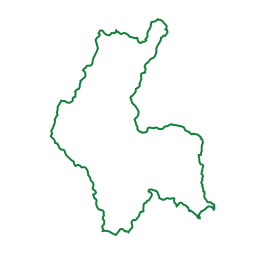 Serro, Minas Gerais, Brazil, rotated 354°
{"feature_id": "56859067B85818855458350", "entity_name": "Serro", "entity_type": "district", "adm_level": 2, "iso_a3": "BRA", "parent_name": "Brazil", "parent_adm1": "Minas Gerais", "projection": "natural_earth1", "projection_center": [-43.38, -18.518], "detail": "fine", "context": "isolated", "style": "outline", "palette": "green", "viewbox_px": 256, "rotation_deg": 354, "n_neighbors": 0, "source": "geoboundaries", "source_scale": "gbopen_adm2", "svg_char_len": 5848}
<svg xmlns="http://www.w3.org/2000/svg" viewBox="0 0 256 256"><g transform="rotate(354 128 128)"><path d="M190.0,225.2L189.9,223.7L189.3,222.1L190.6,220.3L191.7,219.3L192.4,218.4L193.5,218.2L194.7,217.7L196.7,216.5L198.0,215.4L199.4,214.6L200.8,214.5L202.4,215.0L203.7,215.6L204.0,217.1L204.8,218.1L205.5,217.1L205.7,213.1L204.3,212.5L203.5,211.6L202.7,210.6L200.8,210.5L199.1,209.8L198.4,208.0L197.1,206.0L196.7,204.1L197.0,202.3L197.3,201.0L197.3,199.6L196.3,199.0L196.4,197.6L196.4,195.8L195.7,194.1L196.2,192.5L195.6,191.4L195.2,190.3L195.5,189.1L196.5,187.7L196.5,185.7L197.4,184.2L197.3,182.4L196.3,181.5L196.5,179.9L197.4,178.3L197.7,176.4L198.3,175.0L198.9,173.2L197.9,172.1L196.7,171.8L195.8,170.6L195.5,167.3L195.7,165.5L195.4,164.3L195.6,162.2L197.7,162.3L198.2,160.1L199.0,158.4L199.0,156.9L199.2,154.9L199.7,153.2L200.3,151.6L201.0,150.3L200.8,148.5L200.4,146.8L199.3,146.2L199.3,144.3L198.1,143.5L197.1,142.3L195.5,141.4L194.3,141.2L193.2,140.7L191.8,140.7L190.5,140.9L189.3,139.8L188.4,138.3L187.3,137.8L185.7,137.1L184.5,135.8L184.2,134.4L183.4,133.0L182.0,132.4L181.1,131.8L178.2,131.0L176.7,130.4L175.3,130.0L172.9,129.6L171.9,128.8L170.6,128.9L169.5,129.3L168.1,130.0L166.4,130.4L164.9,130.3L164.0,131.0L163.1,132.0L161.7,132.5L160.2,132.5L158.7,132.2L157.4,131.0L156.1,130.5L153.0,130.8L151.5,130.5L150.5,129.9L149.0,129.8L147.6,130.4L147.0,132.4L146.1,133.9L144.4,134.1L141.8,134.3L140.7,133.1L139.5,133.0L138.4,132.1L137.2,130.3L137.4,128.7L137.4,127.3L136.6,125.9L136.3,124.5L136.2,123.0L135.7,121.4L135.5,120.1L136.5,119.1L138.0,118.2L139.1,116.8L139.9,115.0L140.3,113.1L139.9,111.6L138.6,108.8L137.7,107.1L136.7,105.8L135.7,104.7L134.8,103.5L134.3,101.6L134.1,99.8L133.6,98.3L134.1,97.0L135.4,96.6L136.3,95.8L137.1,94.9L138.4,93.9L139.3,92.9L139.5,91.5L140.1,89.8L142.0,89.0L143.3,88.1L144.2,87.0L144.1,85.1L145.2,83.4L145.6,82.1L146.5,80.6L146.5,79.0L146.4,77.5L146.7,75.7L147.9,75.1L149.0,74.7L150.7,74.7L151.2,72.8L151.7,70.8L150.9,68.8L151.6,67.3L152.4,66.3L153.4,65.5L154.8,64.9L156.0,63.4L156.9,62.4L158.3,61.5L159.8,61.1L160.9,60.7L161.9,59.7L162.8,58.3L163.7,56.7L164.2,55.0L164.3,53.2L164.6,51.6L165.6,49.7L166.6,48.4L167.5,47.3L169.2,45.0L170.0,43.3L170.2,41.6L171.7,41.2L172.5,40.3L173.4,39.7L174.7,40.2L176.0,38.6L177.3,36.9L177.1,34.7L175.6,33.9L176.6,32.7L177.1,31.1L176.7,29.8L174.7,27.4L174.0,26.1L173.1,24.9L172.2,24.3L170.6,23.7L168.9,22.9L167.6,24.1L165.7,24.8L162.3,25.2L161.9,26.6L161.1,29.5L160.5,30.9L159.3,32.5L158.2,33.7L157.5,35.0L157.0,37.1L156.9,39.4L155.6,40.5L154.6,41.6L155.3,42.6L154.5,43.5L152.9,43.9L151.3,43.7L150.2,44.7L149.2,44.7L148.1,44.2L147.2,42.9L146.8,41.2L146.6,39.4L144.1,39.3L142.6,38.6L141.1,38.1L139.1,37.3L138.0,35.5L136.8,34.7L135.6,33.6L133.4,33.0L131.9,33.7L130.5,33.7L128.4,31.5L127.4,31.3L126.5,29.8L125.4,32.0L123.5,32.2L121.6,31.8L120.5,33.0L119.3,33.8L118.0,33.6L116.4,33.1L115.4,32.1L114.4,31.3L113.7,29.9L112.9,28.7L111.7,28.1L110.3,28.3L109.4,29.7L108.6,30.7L109.7,32.0L109.0,33.6L107.8,34.3L106.6,35.2L105.2,36.6L105.1,38.7L105.8,40.7L105.7,42.4L106.2,43.8L106.4,45.6L104.7,49.0L103.9,50.3L102.9,51.5L102.3,52.9L101.5,53.8L100.2,56.5L99.8,58.1L99.4,59.7L98.7,60.9L97.6,61.9L96.5,62.0L94.9,61.8L93.3,62.0L92.5,63.5L90.1,64.8L89.2,65.8L90.4,67.1L91.2,68.3L91.3,70.0L91.0,72.0L90.1,73.1L88.7,74.0L87.2,75.2L85.6,76.1L85.6,77.8L84.8,79.1L84.5,80.6L84.3,82.1L83.3,83.9L81.6,84.3L80.3,85.1L79.1,86.3L79.7,87.7L79.2,89.2L78.8,91.4L77.2,91.8L76.2,92.4L76.1,94.1L75.5,95.5L72.5,96.8L70.9,96.5L69.5,96.0L68.3,94.7L66.9,94.4L64.2,93.9L63.7,95.4L62.7,96.1L62.3,97.3L61.3,98.2L60.4,99.3L60.1,100.7L60.0,102.4L59.4,103.6L58.9,105.1L59.3,107.7L57.9,109.0L56.8,110.8L56.0,112.0L56.2,113.3L55.0,117.0L54.0,118.3L53.5,120.1L51.9,121.8L51.4,123.5L51.8,124.9L51.8,126.2L51.0,127.1L50.3,128.1L51.2,129.4L52.3,130.4L53.4,132.0L53.9,133.8L54.0,135.3L55.6,135.8L56.6,137.1L57.5,140.0L58.2,141.4L59.3,142.5L60.8,142.7L62.1,143.4L62.7,144.8L63.0,146.6L63.5,148.0L64.4,149.4L65.5,150.7L66.6,151.9L67.5,153.0L68.3,154.0L70.5,155.8L70.7,158.1L71.2,159.6L72.2,160.3L73.8,159.5L75.3,159.8L76.3,160.4L77.1,161.6L78.0,162.4L79.5,162.3L80.8,162.5L81.9,163.3L82.5,164.5L83.2,165.9L83.5,167.5L83.5,169.1L83.6,170.8L84.4,172.0L85.1,173.4L85.3,175.0L85.8,176.7L86.7,177.8L87.6,179.1L87.7,180.9L87.4,182.1L86.5,184.7L87.3,185.8L88.8,187.0L89.4,189.0L88.1,190.1L86.4,190.6L86.8,192.4L87.3,194.5L88.4,195.2L89.2,196.6L88.8,198.4L88.4,199.6L88.5,201.4L89.1,203.6L89.9,205.2L91.0,206.2L93.0,206.7L94.4,207.6L95.1,209.0L94.7,211.1L95.0,212.4L93.9,213.7L93.5,215.0L93.6,216.3L94.6,217.5L94.5,219.4L94.1,221.1L93.1,222.1L92.0,223.3L92.2,225.0L92.8,226.3L92.1,227.8L93.8,227.7L96.5,228.2L97.9,228.8L99.2,229.3L100.4,230.5L101.9,231.4L103.1,232.2L104.7,233.1L105.7,232.2L106.5,231.2L107.5,230.3L108.6,229.1L109.8,227.7L111.4,227.8L112.6,228.4L113.4,229.4L114.2,230.5L115.4,230.3L117.6,231.8L118.5,230.5L119.5,229.3L120.9,228.5L121.8,227.3L122.1,225.2L121.6,223.1L121.8,221.8L122.7,220.6L124.1,220.0L125.5,220.5L126.8,219.7L128.1,218.3L129.3,217.1L131.2,213.3L132.5,212.6L133.6,212.8L134.7,212.4L134.7,210.6L135.0,208.9L135.3,207.0L135.8,205.3L136.7,204.5L138.1,204.2L139.1,202.7L141.5,201.8L142.5,200.4L143.4,199.4L144.5,197.8L144.8,196.0L144.0,194.7L143.0,193.9L141.8,193.4L142.1,192.0L143.7,191.5L145.1,191.6L147.8,193.0L149.3,193.4L150.2,194.4L150.8,195.9L151.3,197.6L151.7,199.2L151.7,200.7L152.6,201.5L154.0,202.4L155.8,203.2L157.1,202.8L158.2,202.3L159.3,201.9L160.4,202.0L161.5,202.6L162.8,202.9L164.1,202.6L165.8,202.5L166.7,202.9L166.4,204.5L166.2,206.3L166.9,207.7L168.0,209.0L168.2,210.9L169.6,210.0L170.4,208.8L171.4,207.9L172.8,207.8L174.1,208.5L174.8,209.8L175.9,210.5L177.4,211.0L177.9,212.2L179.4,213.2L179.8,215.4L180.2,217.0L181.6,216.6L183.0,217.9L184.3,219.0L185.2,220.3L186.2,221.1L187.3,222.1L187.7,223.6L188.5,225.0L190.0,225.2Z" fill="none" stroke="#15803d" stroke-width="2"/></g></svg>